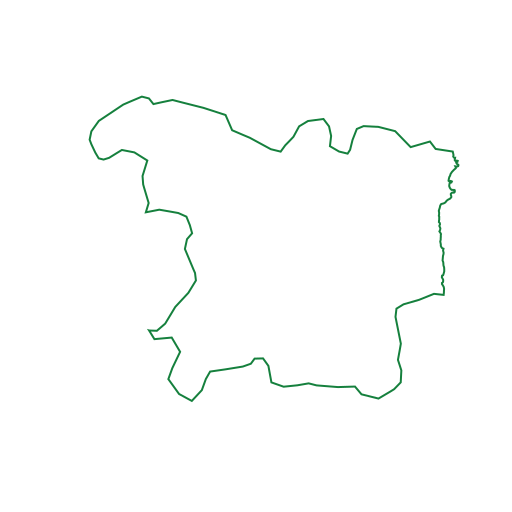 Akhuryan, Shirak, Armenia (Mercator projection), rotated 195°
{"feature_id": "60910142B23641849516282", "entity_name": "Akhuryan", "entity_type": "district", "adm_level": 2, "iso_a3": "ARM", "parent_name": "Armenia", "parent_adm1": "Shirak", "projection": "mercator", "projection_center": [43.836, 40.81], "detail": "fine", "context": "isolated", "style": "outline", "palette": "green", "viewbox_px": 512, "rotation_deg": 195, "n_neighbors": 0, "source": "geoboundaries", "source_scale": "gbopen_adm2", "svg_char_len": 3009}
<svg xmlns="http://www.w3.org/2000/svg" viewBox="0 0 512 512"><g transform="rotate(195 256 256)"><path d="M340.0,156.4L332.6,149.4L316.3,155.4L304.5,143.8L307.8,126.1L308.8,114.4L294.6,102.8L280.5,99.4L273.6,112.4L272.6,124.2L270.4,132.5L256.4,138.5L240.1,145.8L233.1,150.6L230.8,156.5L222.7,158.9L215.6,153.1L208.4,137.9L195.5,136.9L182.6,141.8L172.2,146.6L164.0,146.7L142.9,150.6L126.6,155.5L118.3,149.7L100.8,150.0L91.1,159.9L88.1,163.1L83.5,171.4L86.0,183.1L89.4,188.4L92.0,192.4L92.8,202.2L93.4,208.8L105.5,233.3L106.7,241.5L101.0,247.5L87.1,255.9L74.3,265.5L64.7,267.0L65.0,269.1L65.5,271.3L65.8,272.9L66.6,274.6L67.8,275.9L69.1,277.0L69.4,278.1L68.7,278.9L68.7,280.3L69.2,281.7L70.2,282.7L71.0,283.6L71.2,285.2L70.3,285.8L70.2,287.2L70.2,288.9L70.2,289.9L70.8,292.1L71.2,293.2L71.4,293.8L72.3,295.1L72.7,296.0L73.1,297.3L73.6,298.6L74.6,299.9L75.0,302.2L75.4,304.4L75.4,304.6L75.4,306.5L75.7,307.9L76.6,309.4L76.7,309.6L76.8,311.6L78.1,311.7L79.1,312.4L80.1,313.6L80.5,315.1L81.1,316.3L81.8,317.7L81.8,319.0L81.9,319.9L82.2,321.0L82.3,321.3L82.3,321.7L82.6,322.9L82.9,323.9L83.0,325.1L84.0,326.2L85.2,327.2L84.9,328.9L85.1,330.5L85.9,331.5L86.7,332.5L86.5,334.3L87.0,335.4L88.1,336.1L88.4,337.7L88.5,338.9L88.9,340.1L89.1,341.3L89.8,342.1L89.8,343.0L90.3,345.3L90.5,345.6L91.1,346.9L91.1,348.1L91.0,350.1L91.1,352.5L90.5,354.2L90.1,354.4L88.3,355.4L87.0,356.7L86.1,358.8L85.0,360.2L83.5,361.5L82.6,363.2L82.8,364.3L83.6,365.4L83.9,366.4L83.5,367.3L82.8,368.1L81.2,368.4L80.6,369.4L80.9,370.6L81.3,371.1L82.1,370.6L82.6,370.9L84.2,370.5L85.2,371.0L86.5,372.1L87.5,373.6L87.8,375.6L87.7,376.6L87.2,377.0L86.3,377.6L86.1,378.7L87.4,378.9L88.7,378.1L89.5,378.5L89.7,380.6L89.7,382.4L89.3,383.8L89.3,385.5L88.5,387.9L87.1,390.5L86.4,391.5L85.7,392.6L86.0,393.4L86.7,394.2L86.1,394.3L85.1,394.3L84.0,395.1L83.9,395.7L84.2,396.5L85.4,396.8L86.2,397.3L87.0,398.4L87.0,398.5L85.8,399.1L85.8,400.1L86.8,400.1L87.5,399.5L88.4,399.6L88.9,400.1L89.0,401.3L89.1,402.4L89.6,402.2L90.5,402.4L91.3,403.3L91.3,404.5L92.0,405.9L92.1,406.1L93.0,407.8L104.8,406.5L110.2,405.9L117.6,411.6L134.8,401.2L153.9,412.6L171.3,412.4L175.4,411.5L185.7,409.3L191.5,404.8L192.8,393.1L192.6,382.9L194.0,378.6L202.8,378.4L213.0,381.2L214.5,391.4L219.0,400.1L226.3,405.8L240.8,399.8L247.9,392.4L250.7,380.8L253.8,375.1L256.4,370.5L259.2,363.2L269.3,363.0L281.4,365.9L292.6,368.6L300.6,369.7L311.6,371.3L321.9,384.3L335.0,385.0L345.1,385.5L366.9,385.2L377.0,385.1L387.1,380.0L394.4,376.2L400.2,380.5L407.5,380.4L417.5,372.6L423.4,367.9L428.5,362.1L437.0,352.4L442.8,345.8L447.3,333.8L446.8,325.3L444.0,321.4L438.0,314.3L433.2,309.6L428.2,309.7L423.3,312.8L417.2,319.3L413.0,323.7L400.3,324.6L385.7,320.1L386.3,303.9L383.5,295.9L381.7,292.9L373.4,279.4L373.7,269.7L361.4,275.7L350.4,276.7L342.2,277.4L337.8,276.7L333.4,276.0L327.9,268.7L323.6,261.4L327.0,254.4L326.5,244.4L312.9,226.8L310.5,223.8L307.7,216.8L311.8,202.9L320.8,185.9L326.2,167.2L332.4,158.1L339.8,156.4L340.0,156.4Z" fill="none" stroke="#15803d" stroke-width="2"/></g></svg>